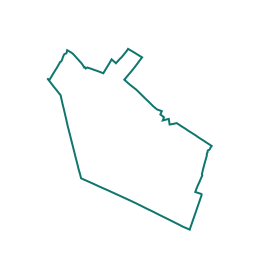 outline of Tan Thanh, Long An, Vietnam, rotated 20°
{"feature_id": "81297802B33329086183777", "entity_name": "Tan Thanh", "entity_type": "district", "adm_level": 2, "iso_a3": "VNM", "parent_name": "Vietnam", "parent_adm1": "Long An", "projection": "robinson", "projection_center": [105.96, 10.628], "detail": "fine", "context": "isolated", "style": "outline", "palette": "teal", "viewbox_px": 256, "rotation_deg": 20, "n_neighbors": 0, "source": "geoboundaries", "source_scale": "gbopen_adm2", "svg_char_len": 2518}
<svg xmlns="http://www.w3.org/2000/svg" viewBox="0 0 256 256"><g transform="rotate(20 128 128)"><path d="M157.8,195.7L161.2,196.0L167.3,196.7L173.4,197.4L179.5,198.0L186.1,198.8L203.9,200.8L210.0,201.5L212.8,201.9L214.2,202.0L216.1,202.1L220.8,202.4L220.7,201.3L220.6,195.6L220.5,188.6L220.1,164.9L220.3,164.9L213.1,165.1L213.1,161.5L213.2,158.9L213.5,155.3L214.0,147.1L213.6,146.6L213.2,146.0L213.1,144.8L212.8,142.3L212.5,139.5L212.4,138.8L212.2,136.0L212.1,135.5L211.9,133.0L211.9,132.2L211.8,130.8L211.6,128.2L211.5,127.4L211.5,127.1L211.4,126.5L211.3,126.2L211.2,126.0L211.0,125.7L210.9,125.4L210.9,125.0L210.9,124.6L210.9,124.4L211.0,124.0L211.1,123.7L211.0,123.3L210.8,122.8L210.7,122.4L210.7,122.2L210.7,121.8L210.8,121.7L211.0,121.5L211.5,121.1L211.8,120.6L211.9,120.4L212.1,119.9L212.2,119.4L212.2,118.4L212.3,117.9L212.5,117.3L212.8,116.3L210.4,115.7L205.2,114.5L203.3,114.0L198.6,113.0L194.8,112.0L192.8,111.5L187.8,110.4L184.5,109.7L184.3,109.6L182.4,109.1L177.7,108.1L174.0,107.2L172.0,106.8L169.2,108.6L166.1,110.4L165.9,110.5L163.2,105.5L158.1,109.0L158.1,106.9L158.1,105.6L153.8,104.2L153.8,103.6L153.9,102.4L153.9,101.6L153.9,101.1L154.0,100.8L154.0,100.6L148.9,100.6L144.1,98.9L141.8,97.8L138.3,96.2L133.0,93.9L132.9,93.8L130.7,92.8L128.8,91.9L127.6,91.4L124.8,90.1L122.8,89.2L114.6,86.5L108.0,83.9L112.1,72.7L114.3,66.0L116.3,59.2L117.1,56.8L116.0,56.6L110.2,55.4L108.4,55.0L104.7,54.3L102.8,54.0L101.0,53.6L100.7,55.0L100.4,56.1L98.6,61.4L97.7,63.8L96.6,66.1L94.5,71.3L93.5,70.8L91.1,69.9L89.1,69.1L88.8,71.1L88.0,75.3L86.9,80.6L86.6,82.2L86.1,85.0L82.2,84.9L80.6,84.9L71.2,85.0L69.0,85.1L68.0,86.5L66.5,85.6L66.1,86.1L64.2,84.5L62.4,83.2L57.1,80.4L53.2,78.3L50.7,77.0L47.9,76.3L44.2,75.7L44.5,77.6L44.6,78.5L44.5,78.9L44.4,79.1L43.5,79.8L43.0,80.3L42.9,80.6L42.8,81.1L42.7,81.9L42.6,83.7L42.7,85.7L42.7,86.7L42.6,87.5L42.4,88.2L42.1,88.7L41.6,89.3L41.5,89.5L41.5,90.6L41.4,91.0L41.2,91.9L41.0,93.0L40.9,93.8L40.3,97.0L40.0,98.2L39.5,100.8L39.3,101.6L38.8,104.1L38.1,107.9L37.8,109.6L35.8,109.2L35.2,109.0L39.0,111.3L43.8,114.4L48.0,116.9L49.7,118.0L53.3,120.1L54.6,122.0L54.9,122.5L55.0,122.7L56.9,125.6L58.2,127.7L61.3,132.3L64.5,137.2L67.5,141.8L70.6,146.7L77.0,156.0L77.4,156.7L80.1,160.6L83.2,165.2L86.4,169.9L89.5,174.5L92.7,179.1L94.0,181.1L95.8,183.8L99.1,188.3L100.9,191.0L101.0,191.2L102.2,191.4L104.9,191.6L105.5,191.6L109.3,191.9L111.1,192.0L117.3,192.5L120.7,192.8L126.6,193.2L129.9,193.4L152.2,195.2L155.0,195.4L157.8,195.7Z" fill="none" stroke="#0f766e" stroke-width="2"/></g></svg>